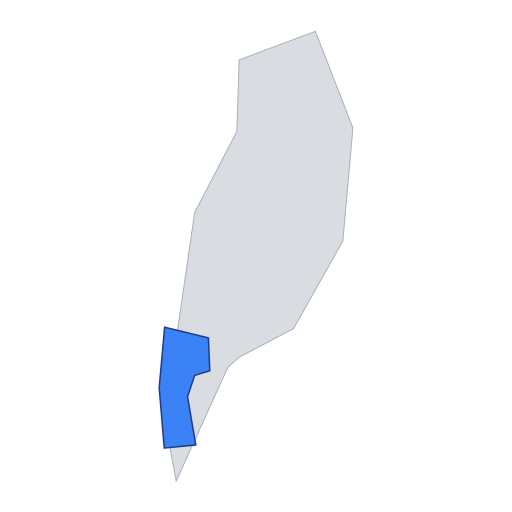 Ngaraard highlighted on a map of Palau, rotated 179°
{"feature_id": "PLW-5251", "entity_name": "Ngaraard", "entity_type": "state/province", "adm_level": 1, "iso_a3": "PLW", "parent_name": "Palau", "parent_adm1": "", "projection": "orthographic", "projection_center": [134.644, 7.639], "detail": "fine", "context": "in_parent", "style": "filled", "palette": "blue", "viewbox_px": 512, "rotation_deg": 179, "n_neighbors": 0, "source": "natural_earth", "source_scale": "10m", "svg_char_len": 480}
<svg xmlns="http://www.w3.org/2000/svg" viewBox="0 0 512 512"><g transform="rotate(179 256 256)"><path d="M269.4,452.4L192.7,479.6L156.9,382.3L168.9,269.5L219.7,182.8L274.8,155.0L286.2,145.0L339.7,32.4L350.3,94.5L316.5,300.6L273.0,380.8L269.4,452.4Z" fill="#d9dde1" stroke="#a8b0b8" stroke-width="1"/><path d="M351.1,65.6L355.1,126.0L348.6,186.4L305.0,174.9L304.2,142.1L319.4,137.7L326.9,116.6L319.5,68.1L351.1,65.6Z" fill="#3b82f6" stroke="#1e3a8a" stroke-width="1.5"/></g></svg>